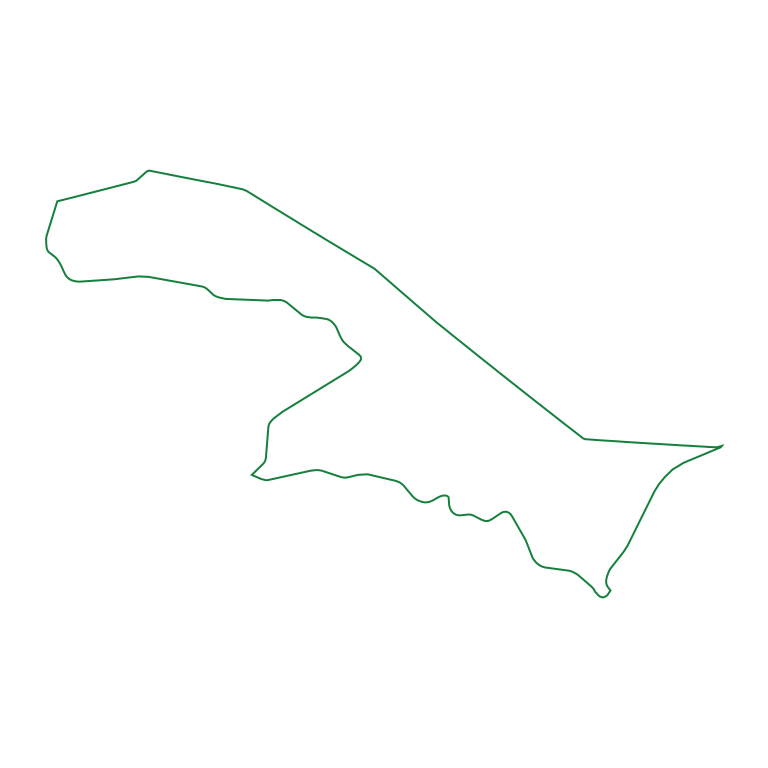 Al Hudud ash Shamaliyah, orthographic projection
{"feature_id": "SAU-861", "entity_name": "Al Hudud ash Shamaliyah", "entity_type": "Region", "adm_level": 1, "iso_a3": "SAU", "parent_name": "Saudi Arabia", "parent_adm1": "", "projection": "orthographic", "projection_center": [42.216, 29.79], "detail": "fine", "context": "isolated", "style": "outline", "palette": "green", "viewbox_px": 768, "rotation_deg": 0, "n_neighbors": 0, "source": "natural_earth", "source_scale": "10m", "svg_char_len": 3248}
<svg xmlns="http://www.w3.org/2000/svg" viewBox="0 0 768 768"><path d="M149.1,170.6L164.3,173.6L179.5,176.6L194.8,179.6L210.0,182.5L216.2,183.7L216.3,183.7L242.6,189.3L246.7,191.0L251.0,193.6L258.9,198.5L265.7,202.7L272.4,206.9L279.2,211.0L286.0,215.2L292.8,219.3L299.5,223.5L306.3,227.6L313.1,231.8L319.9,235.9L326.7,240.1L333.6,244.2L340.4,248.3L347.2,252.4L354.1,256.5L360.9,260.6L367.8,264.7L374.7,268.9L379.9,273.4L386.6,279.2L393.2,284.9L399.8,290.7L406.5,296.4L413.9,302.9L421.4,309.3L428.9,315.8L430.4,317.1L436.4,322.3L444.8,329.0L451.8,334.7L458.8,340.3L465.8,345.9L472.8,351.5L481.9,358.8L491.1,366.1L500.2,373.4L509.4,380.7L513.3,383.7L518.6,387.9L527.8,395.2L537.0,402.4L546.2,409.6L553.9,415.6L561.6,421.7L569.3,427.6L577.0,433.6L583.3,438.5L583.8,438.6L584.3,438.8L584.8,439.0L585.3,439.2L592.6,439.7L599.0,440.2L605.4,440.6L611.7,441.0L618.1,441.4L626.3,442.0L634.5,442.5L642.6,443.0L650.8,443.5L659.0,444.0L667.2,444.5L675.4,445.0L683.6,445.5L689.7,445.8L695.8,446.2L701.9,446.5L708.0,446.9L716.4,447.3L719.9,446.5L721.9,445.9L720.9,447.2L683.6,462.8L672.7,469.4L665.0,476.9L659.0,484.1L654.4,491.5L627.5,545.8L623.7,551.7L610.5,568.5L608.8,571.5L606.9,576.7L606.3,579.4L606.2,580.9L606.2,582.6L606.5,584.4L607.3,586.2L609.5,589.3L610.5,590.4L607.3,595.3L605.6,596.4L603.5,597.4L601.7,597.2L599.9,596.5L598.5,595.4L597.1,593.9L597.0,593.7L596.6,593.2L595.1,591.9L593.9,589.3L591.7,586.8L578.1,575.0L576.2,573.8L572.5,571.8L569.7,570.8L544.7,567.4L542.5,566.7L539.7,565.4L537.5,563.8L535.6,562.0L532.7,558.1L525.7,540.2L511.7,515.7L510.3,513.9L508.4,512.5L506.3,511.7L503.5,511.9L501.3,512.9L492.0,519.1L488.8,520.8L487.0,521.0L484.8,520.9L481.7,519.8L473.1,515.4L470.9,514.7L468.2,514.5L460.2,515.4L458.1,515.2L455.8,514.6L453.0,512.8L451.2,510.7L449.9,508.0L449.4,506.0L449.1,504.8L448.7,498.0L448.5,497.2L447.8,496.4L446.1,495.5L443.3,495.5L441.0,496.1L438.8,497.0L432.3,500.7L430.0,501.6L427.7,502.2L425.0,502.4L422.1,501.9L418.1,500.5L415.3,498.8L413.0,496.8L403.2,485.1L401.4,483.6L399.6,482.4L395.9,480.9L368.5,474.5L366.5,474.3L357.8,474.9L348.1,477.3L346.1,477.6L343.9,477.6L341.1,477.1L321.8,470.7L319.1,470.2L315.8,470.1L310.1,470.8L267.4,480.2L265.6,480.2L260.9,478.9L251.8,474.9L263.2,463.8L264.6,461.9L265.4,460.2L265.7,458.9L265.9,458.2L268.3,427.8L268.6,425.9L269.2,423.9L270.4,422.0L272.0,420.2L273.9,418.3L282.6,411.7L349.2,370.8L355.8,365.6L359.4,361.9L360.7,360.0L361.1,358.2L360.6,356.4L359.1,354.8L347.3,345.5L343.5,341.8L342.1,339.8L339.9,335.7L336.3,327.4L335.4,325.9L333.4,323.4L331.8,321.7L328.9,319.8L326.6,319.0L317.3,317.6L310.9,317.5L306.6,316.9L304.0,316.0L301.9,314.9L286.3,302.1L283.8,300.9L280.8,300.0L273.1,300.0L268.4,300.6L225.4,298.9L218.1,297.2L215.4,296.1L213.4,294.9L207.8,289.6L206.0,288.2L204.1,287.1L201.5,286.4L148.8,276.9L138.4,276.4L114.2,279.3L79.2,281.7L75.5,281.3L72.0,280.4L70.3,279.6L68.6,278.5L67.0,277.0L65.6,275.2L63.2,270.4L61.9,267.2L59.8,263.2L57.4,259.5L55.1,257.0L48.5,251.9L47.4,250.2L46.9,248.7L46.6,247.5L46.6,246.9L46.3,244.5L46.1,238.9L46.6,235.8L57.3,201.3L72.1,197.6L89.7,193.1L107.3,188.6L124.8,184.1L133.7,181.8L136.4,180.7L145.9,172.2L147.4,171.1L148.2,170.9L148.4,170.8L148.6,170.7L148.9,170.7L149.1,170.6Z" fill="none" stroke="#15803d" stroke-width="2"/></svg>